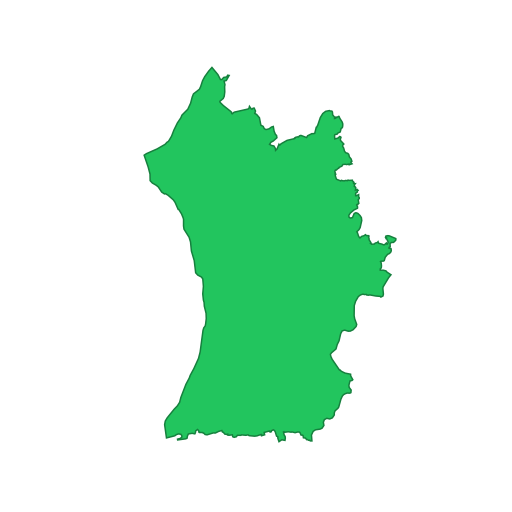 outline of Rajbari, Dhaka, Bangladesh, rotated 253°
{"feature_id": "16705992B48875454234518", "entity_name": "Rajbari", "entity_type": "district", "adm_level": 2, "iso_a3": "BGD", "parent_name": "Bangladesh", "parent_adm1": "Dhaka", "projection": "robinson", "projection_center": [89.601, 23.735], "detail": "fine", "context": "isolated", "style": "filled", "palette": "green", "viewbox_px": 512, "rotation_deg": 253, "n_neighbors": 0, "source": "geoboundaries", "source_scale": "gbopen_adm2", "svg_char_len": 6081}
<svg xmlns="http://www.w3.org/2000/svg" viewBox="0 0 512 512"><g transform="rotate(253 256 256)"><path d="M449.2,269.0L446.7,264.9L442.5,259.4L439.3,256.2L434.2,252.6L432.0,250.6L429.3,243.6L426.7,241.5L421.2,238.1L416.3,233.7L412.4,226.4L410.1,224.5L406.3,219.8L400.3,214.2L395.3,210.3L391.9,206.6L391.1,205.5L390.8,204.1L389.4,201.8L387.3,192.7L385.9,181.1L385.1,178.5L372.8,178.9L365.4,178.6L359.0,176.8L356.1,178.2L353.0,181.1L350.7,182.7L344.7,184.5L342.1,186.6L342.0,187.7L339.9,189.6L333.8,193.4L330.9,194.3L323.3,195.2L323.0,195.8L318.0,197.1L313.7,197.5L312.1,197.4L306.0,195.5L302.7,195.0L293.5,197.5L288.6,197.5L279.7,195.7L269.7,195.6L257.6,193.4L254.8,194.7L251.8,197.7L249.6,198.4L242.3,196.8L235.3,194.0L229.2,192.8L226.9,192.8L223.1,191.9L215.8,191.5L210.6,190.1L205.8,188.0L204.0,187.0L202.5,185.0L200.4,183.6L180.5,174.5L174.9,171.1L166.5,163.7L161.1,158.2L158.8,156.5L153.8,151.5L142.7,142.8L138.4,140.2L135.6,136.9L133.5,133.1L127.3,123.9L124.7,121.0L121.4,119.3L108.2,117.2L107.8,125.7L108.5,127.9L108.5,130.0L107.4,132.1L105.6,132.5L104.5,132.1L103.7,130.3L103.8,127.4L103.0,127.3L101.7,135.4L101.9,136.8L103.9,137.8L105.6,139.3L105.1,143.1L103.8,145.5L104.7,146.4L106.4,147.2L107.2,149.4L105.6,150.1L104.8,150.2L104.5,149.8L103.8,150.2L102.8,153.3L102.1,153.7L102.0,154.2L100.2,155.1L99.3,156.9L99.3,163.4L98.6,165.4L99.2,169.1L99.1,172.3L97.5,172.4L97.0,173.2L94.8,174.1L93.9,176.0L93.9,176.8L93.1,176.5L92.5,177.7L91.9,181.1L90.0,180.9L89.0,182.1L88.9,184.4L90.0,185.8L88.9,189.2L89.2,189.8L87.5,193.9L87.3,196.1L86.2,196.9L84.1,202.0L83.7,204.4L83.9,208.8L83.3,209.1L83.1,208.5L82.5,208.6L82.5,212.0L84.9,212.2L84.7,217.6L83.5,218.0L83.5,219.3L84.4,219.6L84.7,221.8L83.7,222.6L82.3,223.0L77.7,223.0L76.9,224.0L75.1,223.6L71.7,223.7L72.7,226.9L71.2,229.8L73.3,230.8L75.1,231.1L76.3,230.6L79.7,230.8L79.8,231.4L79.1,231.7L78.5,235.4L77.2,238.2L77.3,238.9L75.6,241.7L75.5,244.4L74.9,246.0L74.4,246.4L71.6,246.7L71.0,248.2L70.6,248.5L68.3,248.2L67.4,250.1L65.6,250.7L65.6,251.3L64.4,252.4L64.1,253.6L63.3,253.8L62.8,255.4L68.6,256.7L71.6,259.4L72.4,262.1L71.7,266.7L72.0,268.8L74.1,271.4L77.3,271.8L79.5,273.5L80.1,276.2L78.6,278.9L78.9,281.7L81.1,284.4L83.1,285.0L84.8,286.3L86.4,289.8L87.3,290.9L94.2,295.3L96.8,297.6L97.8,299.2L98.2,301.0L98.3,303.1L97.4,305.7L97.6,306.8L100.0,307.8L103.0,306.7L105.2,307.0L109.0,309.3L108.9,311.5L109.4,312.4L113.6,311.5L115.3,311.9L118.0,306.9L120.8,303.9L122.4,303.1L122.5,302.5L135.0,298.6L138.1,298.2L140.3,298.4L141.4,300.0L143.7,305.3L147.6,307.8L150.6,310.6L157.0,314.3L159.2,316.5L159.2,319.1L157.2,322.1L156.6,324.1L157.1,327.3L159.3,331.1L161.1,332.3L167.1,332.0L170.3,332.4L179.9,335.5L183.7,338.1L187.3,342.0L188.2,344.5L188.3,347.2L187.5,348.2L187.0,350.3L186.4,350.4L185.6,352.2L185.5,353.5L182.8,358.7L181.0,363.1L180.2,363.4L180.6,365.7L182.3,366.7L187.8,367.8L189.3,368.5L196.5,376.5L198.6,379.6L202.2,376.6L203.8,375.9L205.2,373.6L206.1,370.7L207.4,371.1L208.0,372.3L209.8,373.1L212.7,373.7L214.3,373.4L214.5,374.0L213.9,376.3L214.1,377.3L217.0,379.2L219.1,382.3L219.4,384.4L220.4,386.1L221.5,386.9L223.4,387.3L224.0,387.0L224.2,385.8L224.7,385.4L225.4,385.8L225.8,387.1L228.9,387.9L229.3,389.7L228.8,391.3L229.3,392.7L230.4,394.4L231.8,394.8L236.2,389.5L236.9,388.1L237.1,386.1L236.0,385.3L235.3,386.1L234.6,385.4L234.1,386.0L230.6,386.5L229.0,385.0L229.3,384.4L230.3,384.4L229.2,382.2L229.4,381.2L230.5,380.0L232.3,377.0L234.0,376.9L233.4,376.0L233.5,373.8L232.8,372.7L233.5,369.9L234.2,369.8L234.6,369.2L235.2,369.8L238.5,368.9L240.0,369.3L241.1,369.1L242.0,369.9L242.5,369.7L243.3,367.5L244.4,366.9L243.8,365.2L243.9,362.9L242.9,360.7L244.6,359.9L248.5,359.8L249.7,359.5L251.1,362.2L252.7,363.9L259.0,367.5L261.9,368.0L264.3,367.3L266.9,365.9L267.8,364.8L268.2,363.7L267.9,362.3L264.5,359.5L264.7,357.2L266.1,356.3L267.8,356.7L269.5,358.8L271.4,363.2L272.0,367.0L273.2,367.5L275.4,367.2L275.7,367.6L275.5,368.5L276.3,369.2L276.3,369.7L280.0,370.2L280.7,371.5L281.7,371.8L282.4,371.4L284.7,372.1L284.3,369.5L284.5,368.9L287.0,369.7L287.5,371.6L288.7,372.0L288.9,372.8L290.1,372.2L289.9,370.3L292.1,371.4L293.0,371.2L293.7,370.3L294.2,370.5L295.5,371.2L296.1,372.0L296.3,371.0L296.9,370.5L297.5,370.6L297.8,371.2L299.6,370.2L300.3,370.3L301.1,367.0L301.7,366.2L301.3,365.5L302.1,363.6L302.0,362.5L302.6,360.9L303.4,359.8L303.0,359.0L305.9,355.4L309.2,355.3L310.4,355.5L310.9,356.2L311.5,355.6L312.3,356.1L313.9,356.1L315.0,357.1L314.7,358.0L315.6,359.6L315.8,360.9L316.4,361.2L316.8,364.4L318.1,365.8L317.6,368.3L317.0,369.2L316.7,371.9L316.0,371.8L316.1,374.8L317.7,374.1L318.5,374.7L318.6,375.4L321.1,375.3L323.4,374.3L326.1,374.4L327.4,373.7L328.4,372.1L330.2,371.3L333.6,371.4L335.6,370.9L336.9,371.6L337.4,372.7L341.8,370.6L343.3,370.9L344.4,371.9L345.0,371.9L345.8,371.1L344.8,368.8L344.9,365.6L348.2,366.3L349.0,366.9L348.8,369.2L349.6,370.2L350.0,372.8L353.1,374.7L353.5,376.1L354.9,376.9L356.9,377.6L358.8,377.6L363.2,376.4L365.2,376.2L365.4,375.8L364.9,374.0L365.5,373.2L364.4,372.5L364.5,371.3L365.7,371.8L368.5,370.6L371.4,371.2L372.4,370.9L373.0,369.3L373.6,368.8L374.0,364.9L372.7,361.5L369.6,358.0L363.2,353.4L361.3,351.5L361.4,351.2L356.1,348.0L356.3,346.2L356.7,345.3L355.9,340.5L354.5,339.0L358.2,334.2L358.2,332.7L357.4,331.5L357.8,330.6L357.9,328.5L357.4,328.1L357.6,327.4L357.0,327.1L357.5,319.5L356.0,312.8L355.1,311.2L355.2,310.8L356.1,310.6L352.2,307.4L351.3,305.6L353.1,306.0L356.0,305.3L357.3,303.0L358.8,301.6L360.4,303.5L360.9,306.1L363.0,310.6L365.3,310.9L366.7,310.1L370.1,309.8L374.8,310.4L374.8,308.5L373.8,305.6L373.9,303.2L374.2,302.2L375.5,301.1L377.8,300.8L379.7,298.9L387.2,299.7L391.2,298.0L392.7,296.5L394.7,297.9L398.0,297.5L398.2,296.5L397.6,295.0L398.2,294.4L401.0,293.5L399.1,292.3L398.9,291.1L399.9,277.6L399.7,276.4L398.9,275.1L399.0,274.7L399.4,274.4L400.7,274.6L401.8,274.0L409.5,268.7L413.4,266.6L414.5,266.6L416.2,270.7L418.0,272.3L422.0,274.1L427.1,275.5L428.9,276.4L432.6,276.6L432.5,278.9L436.5,283.1L437.2,281.8L435.8,280.3L436.2,277.3L434.7,274.9L435.1,273.6L440.6,272.6L449.2,269.0Z" fill="#22c55e" stroke="#15803d" stroke-width="1.5"/></g></svg>